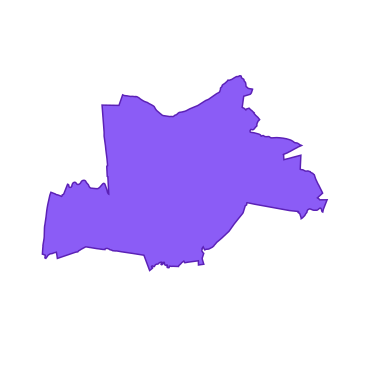 Vladeni, Iasi, Romania (Equal Earth projection), rotated 297°
{"feature_id": "2599482B51425193153488", "entity_name": "Vladeni", "entity_type": "district", "adm_level": 2, "iso_a3": "ROU", "parent_name": "Romania", "parent_adm1": "Iasi", "projection": "equal_earth", "projection_center": [27.345, 47.424], "detail": "fine", "context": "isolated", "style": "filled", "palette": "violet", "viewbox_px": 384, "rotation_deg": 297, "n_neighbors": 0, "source": "geoboundaries", "source_scale": "gbopen_adm2", "svg_char_len": 6006}
<svg xmlns="http://www.w3.org/2000/svg" viewBox="0 0 384 384"><g transform="rotate(297 192 192)"><path d="M246.4,315.9L243.0,309.4L243.1,309.0L243.6,308.1L243.7,307.4L243.6,307.0L243.7,306.4L249.0,308.4L250.3,308.9L251.1,307.9L255.7,301.7L256.6,300.3L259.9,296.1L262.9,293.1L263.0,292.3L263.4,291.2L263.4,290.3L263.4,288.7L263.8,288.1L263.7,287.8L263.5,286.3L263.4,285.7L262.5,284.4L262.1,283.5L262.1,280.7L261.4,278.7L261.4,278.1L261.6,278.0L274.2,272.3L262.5,259.2L265.9,257.2L266.7,256.8L266.8,256.4L267.0,256.4L270.3,259.3L271.3,259.9L272.3,260.7L277.2,264.0L279.1,265.4L280.1,266.0L283.2,268.5L283.2,267.3L282.9,266.7L283.1,266.2L283.2,265.9L283.3,265.4L283.4,264.0L283.3,263.2L282.7,261.5L282.6,261.0L283.0,258.7L283.0,257.9L283.1,257.5L283.0,255.8L282.3,252.0L281.3,248.7L280.1,245.5L278.9,242.7L276.6,238.8L276.2,237.9L276.1,237.4L276.3,235.6L276.3,235.3L274.9,232.9L274.4,231.5L274.7,230.2L274.6,229.8L274.2,229.2L273.2,228.3L273.2,228.1L273.5,227.9L273.8,227.4L274.0,226.6L274.0,225.9L273.8,224.4L272.9,220.3L272.0,217.7L271.8,216.8L271.9,216.7L272.4,216.2L273.0,215.9L273.3,215.9L274.4,216.0L274.6,216.2L274.8,217.5L275.4,218.3L276.2,218.7L278.6,219.2L280.4,219.8L281.1,219.3L282.3,218.9L283.0,218.8L283.8,218.8L284.7,218.7L285.2,218.7L285.7,219.0L287.2,219.4L288.2,217.3L288.4,216.9L289.2,213.9L290.1,211.8L290.6,211.1L290.9,211.2L291.0,210.4L291.7,208.3L291.9,206.9L292.6,204.8L290.6,202.8L290.3,202.7L289.6,202.7L290.2,200.5L290.2,198.3L300.8,194.6L305.5,199.5L306.5,199.8L307.3,199.9L311.1,199.3L311.1,199.0L310.4,197.0L309.9,195.2L309.9,194.9L310.3,193.6L310.4,192.7L310.5,192.4L310.8,192.1L312.7,190.9L313.9,189.9L314.7,188.0L315.5,187.4L315.8,187.1L316.0,186.7L316.0,185.9L316.3,184.2L317.5,183.3L317.6,183.0L317.6,182.6L317.0,181.4L316.2,181.1L315.9,180.8L315.6,180.3L315.0,179.2L312.6,177.6L311.7,177.1L310.4,176.3L308.5,174.5L308.2,174.0L308.1,173.7L308.1,173.3L306.9,173.1L304.1,172.1L302.6,171.3L301.7,170.8L300.9,170.5L300.6,170.5L299.5,170.8L299.0,170.7L298.3,170.4L297.5,170.2L296.2,170.8L294.2,171.1L293.5,171.1L292.3,170.4L290.8,169.3L282.0,164.6L279.8,162.7L277.8,161.5L271.8,158.0L265.1,152.3L261.7,149.9L260.2,148.5L259.8,147.9L259.0,147.1L257.9,145.6L257.2,144.6L256.6,144.2L255.6,143.7L254.1,143.2L253.5,142.8L252.8,142.0L250.8,141.1L250.5,140.7L249.8,139.0L249.1,137.9L247.0,131.6L246.9,130.7L247.6,127.4L248.6,123.4L249.4,121.8L250.9,119.6L251.0,119.3L251.2,118.1L251.3,116.3L251.3,113.2L251.5,111.8L251.1,108.8L251.1,107.1L251.4,103.9L251.8,102.1L251.9,100.1L251.8,99.3L251.5,98.5L251.3,98.5L250.1,95.3L249.3,94.0L248.7,92.2L248.3,90.8L247.2,87.9L247.1,86.1L236.0,87.6L228.6,72.4L205.3,86.6L201.9,88.3L193.9,93.9L190.6,96.0L183.4,100.9L178.5,104.0L177.1,104.8L176.5,104.4L176.2,104.4L175.1,105.0L167.4,109.4L167.4,110.1L152.3,118.8L152.3,118.5L152.8,117.5L153.3,116.9L155.5,115.0L157.8,112.6L159.5,110.8L159.7,110.3L159.7,109.9L159.7,109.5L159.4,109.2L159.0,108.9L158.5,108.7L154.1,107.6L152.4,106.7L151.9,106.0L151.3,104.6L149.5,100.0L149.6,99.2L149.9,98.3L150.6,97.3L151.4,96.4L152.4,93.8L153.5,92.1L153.6,91.3L153.5,90.6L153.0,89.8L152.4,89.2L151.7,88.8L150.9,88.6L149.6,88.6L148.7,88.4L147.9,88.0L147.2,87.4L146.8,86.7L146.7,86.2L147.0,85.4L147.5,84.4L147.6,83.7L147.5,83.2L147.2,82.7L146.6,82.2L146.0,81.9L144.8,81.8L143.4,82.0L142.3,82.3L141.3,82.0L140.7,81.3L140.6,80.6L140.7,80.3L141.4,79.5L142.2,79.1L142.5,78.4L142.4,77.6L132.3,78.6L131.6,78.5L131.3,78.4L130.6,77.7L129.7,77.9L129.1,77.9L128.8,77.7L128.8,76.4L128.5,73.8L128.1,72.4L128.1,71.5L128.2,71.0L127.7,66.4L124.6,66.8L115.3,69.2L112.3,70.1L109.0,71.2L103.7,73.2L96.0,75.8L95.1,76.0L92.9,76.9L84.9,80.7L83.1,81.4L76.8,83.4L76.1,83.8L75.6,84.0L72.7,85.2L68.7,86.9L68.7,87.1L69.0,87.6L68.9,88.8L69.1,89.6L69.0,90.0L68.2,90.3L66.6,90.8L66.4,91.1L66.5,91.9L67.9,92.1L68.5,92.3L70.1,92.4L71.0,92.8L72.6,93.8L73.6,95.3L75.2,96.7L76.8,98.5L74.4,100.3L71.7,102.2L85.1,115.2L85.9,116.1L86.8,117.4L88.2,117.7L88.4,117.8L88.9,118.3L90.6,119.2L91.3,119.7L94.9,122.2L95.2,123.0L96.2,126.3L96.3,126.4L98.3,132.8L99.3,135.5L99.4,136.0L99.9,137.2L100.1,138.0L101.2,140.6L101.8,140.4L102.2,140.6L103.0,141.6L103.3,142.3L103.5,144.1L103.3,144.8L103.4,145.4L103.7,146.5L103.7,148.0L104.9,151.0L105.1,151.1L105.7,152.9L106.7,156.2L110.6,167.8L113.8,177.7L113.8,177.9L102.8,189.9L106.2,191.4L106.3,191.4L106.6,191.1L106.7,190.3L107.1,189.9L107.4,189.8L108.0,190.0L108.2,190.3L108.3,190.7L108.1,191.5L108.3,192.1L108.7,192.3L109.7,192.3L110.7,192.5L111.6,193.2L112.2,194.2L112.7,194.6L114.1,195.0L114.9,195.6L115.7,196.8L115.7,197.2L115.4,197.3L114.1,197.1L113.6,197.1L113.4,197.6L113.4,198.0L113.6,198.2L115.1,198.9L115.6,198.9L116.3,198.6L116.5,198.7L116.7,199.0L116.5,199.4L115.0,200.6L114.8,200.9L114.7,201.1L114.8,201.8L114.8,202.4L115.6,202.6L115.7,202.8L115.7,203.0L115.4,203.4L115.1,203.5L113.6,204.1L113.5,204.3L114.0,205.7L114.2,205.8L114.3,205.9L115.5,205.5L115.8,205.7L116.1,206.3L116.1,206.8L116.4,207.4L117.3,209.0L117.6,209.7L119.5,213.8L120.1,213.6L123.3,214.7L123.8,214.8L124.6,215.0L126.7,216.1L125.7,217.7L127.8,220.5L133.6,228.9L129.9,230.9L133.0,235.3L135.8,232.6L136.9,231.6L137.4,231.3L137.8,231.1L142.2,230.4L142.7,230.3L143.0,228.9L143.4,228.7L143.8,227.7L144.0,227.5L145.0,227.1L145.4,227.1L145.8,227.0L146.2,226.8L146.3,226.6L148.2,226.9L146.5,229.1L146.2,229.7L146.9,230.1L147.4,230.6L148.4,232.3L149.0,233.0L152.1,235.2L153.8,235.9L154.8,236.0L156.5,236.5L158.4,236.9L160.5,237.8L164.6,239.5L173.8,242.8L182.6,244.1L189.5,245.5L196.0,246.9L197.0,246.9L203.9,245.7L205.3,246.5L207.3,245.8L207.6,246.2L209.6,253.5L219.7,287.2L222.8,295.3L222.1,295.7L222.5,296.2L221.7,296.9L221.6,297.9L218.6,300.9L217.8,301.4L219.0,302.1L221.7,303.0L222.6,303.2L224.3,303.2L225.4,303.5L226.3,303.6L227.2,303.2L227.9,303.2L228.8,303.3L229.4,303.7L230.3,304.3L230.6,305.4L230.8,307.9L231.1,309.0L232.5,311.6L233.2,312.1L235.2,313.0L235.6,313.3L235.9,313.7L236.0,314.0L235.8,314.5L235.0,315.4L234.0,316.2L233.5,317.0L233.5,317.6L236.3,316.9L246.4,315.9Z" fill="#8b5cf6" stroke="#5b21b6" stroke-width="1.5"/></g></svg>